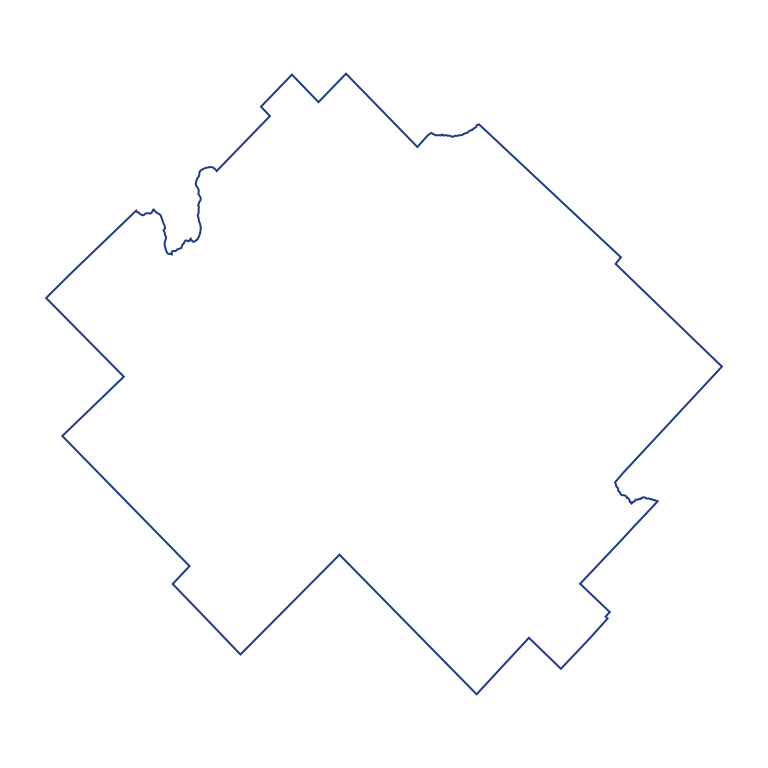 Junín, Buenos Aires, Argentina (Natural Earth projection)
{"feature_id": "61730980B70981491758335", "entity_name": "Junín", "entity_type": "district", "adm_level": 2, "iso_a3": "ARG", "parent_name": "Argentina", "parent_adm1": "Buenos Aires", "projection": "natural_earth1", "projection_center": [-61.022, -34.547], "detail": "fine", "context": "isolated", "style": "outline", "palette": "blue", "viewbox_px": 768, "rotation_deg": 0, "n_neighbors": 0, "source": "geoboundaries", "source_scale": "gbopen_adm2", "svg_char_len": 4321}
<svg xmlns="http://www.w3.org/2000/svg" viewBox="0 0 768 768"><path d="M346.0,73.7L318.5,102.1L291.9,74.6L261.0,106.7L269.9,116.1L216.7,171.0L216.3,170.4L215.7,169.8L214.3,168.4L213.3,167.6L211.6,167.1L209.4,167.1L207.9,167.5L205.8,167.9L204.0,168.6L201.8,169.7L200.8,170.5L199.9,171.3L199.4,172.7L199.4,174.1L199.2,175.2L198.8,176.4L198.0,177.4L197.0,179.0L196.5,180.7L196.0,182.1L195.7,183.8L196.1,185.5L197.0,187.0L197.9,188.2L198.6,189.6L198.8,190.7L198.6,191.9L198.6,193.1L198.4,194.0L199.2,195.2L200.1,196.9L200.7,197.9L200.7,198.5L200.6,199.8L200.3,200.7L199.5,201.5L199.1,202.6L199.0,203.3L198.5,204.1L198.2,205.1L198.7,206.0L198.8,207.0L198.7,208.6L198.6,210.3L198.7,212.3L198.2,214.3L197.6,215.4L198.4,217.5L198.7,219.0L199.0,221.3L199.7,222.9L200.2,224.6L200.6,226.4L200.8,228.9L200.5,230.4L200.3,232.1L200.0,233.5L199.5,235.0L199.1,236.1L198.3,237.8L197.9,238.8L197.0,239.7L196.3,240.3L195.4,240.8L194.5,241.4L193.6,241.8L192.7,241.5L192.1,240.9L191.7,240.3L191.1,239.9L190.9,239.2L190.7,238.7L190.2,239.3L189.8,239.9L189.5,240.6L188.8,241.3L188.0,241.1L187.0,240.6L185.9,240.4L185.1,240.9L184.5,241.9L184.0,242.9L183.3,243.9L182.1,245.3L181.8,246.5L181.4,247.8L180.5,248.4L179.3,248.7L178.0,249.1L177.1,249.6L176.1,250.6L175.0,251.1L173.9,251.0L172.9,251.0L172.2,251.6L171.6,252.4L171.8,253.3L171.9,254.4L171.1,254.3L170.1,254.0L169.0,253.9L167.9,253.5L167.2,252.9L166.6,251.7L166.1,250.5L165.7,249.2L165.3,247.7L164.7,245.3L164.6,243.6L164.7,242.2L165.3,240.5L165.8,239.1L166.1,237.5L165.8,236.3L165.1,235.1L164.9,233.6L164.5,232.1L164.0,231.3L163.6,230.2L164.1,229.6L164.7,228.9L165.0,227.9L165.0,227.1L164.8,226.3L164.1,224.6L163.2,222.6L162.6,220.9L162.1,219.4L161.5,217.8L161.0,216.1L160.3,214.9L158.6,213.7L157.1,213.0L155.8,212.0L155.3,211.5L154.7,210.5L153.5,209.5L152.8,210.2L152.5,211.3L152.1,211.9L151.4,212.9L150.1,213.6L148.7,213.3L147.5,213.2L145.9,213.4L144.8,214.0L144.1,214.8L143.6,215.2L142.9,215.2L142.1,215.0L141.2,214.7L140.3,214.1L139.3,213.4L138.5,212.5L137.9,212.2L136.7,211.8L136.3,211.4L136.1,210.7L71.2,273.1L46.1,298.0L123.8,376.7L62.3,436.0L189.5,566.1L172.7,584.0L207.7,620.3L240.4,654.5L339.5,554.7L476.6,694.3L528.9,637.8L560.9,668.8L589.8,638.3L607.6,618.5L605.6,616.5L609.8,612.1L580.1,583.8L623.1,538.3L635.7,524.6L657.7,501.3L657.0,501.0L656.1,500.7L655.1,500.3L654.0,500.0L652.8,499.8L651.4,499.1L650.4,499.1L649.3,498.6L648.4,498.4L647.7,498.5L646.7,498.6L645.6,498.1L644.8,497.4L643.6,497.3L642.2,497.8L641.5,497.8L641.1,498.6L640.7,499.0L639.9,498.9L639.1,499.0L638.5,499.5L637.4,499.7L636.1,499.5L635.6,499.6L635.1,500.5L634.5,501.4L633.8,501.7L632.8,502.0L632.3,502.2L632.3,502.8L631.6,503.6L631.2,503.3L630.9,502.8L630.7,502.0L629.8,501.8L629.6,500.9L629.5,500.1L629.0,499.2L628.5,498.3L627.7,498.0L626.9,497.9L626.7,497.2L626.6,496.5L625.8,496.0L625.0,495.6L624.2,495.2L623.4,495.2L622.6,495.2L622.0,495.3L621.5,495.0L621.1,494.5L620.8,494.1L620.3,493.5L620.2,492.8L619.7,492.0L619.1,491.7L618.7,491.1L618.2,490.7L618.1,490.1L618.1,489.8L618.1,489.0L618.0,488.2L617.3,487.6L616.8,487.2L616.7,486.7L616.2,486.2L616.1,485.6L616.0,484.9L615.8,484.3L615.5,483.7L615.3,483.2L615.3,482.8L615.1,482.3L623.2,472.8L721.9,366.6L694.0,339.7L615.6,263.9L620.9,257.3L479.1,124.4L478.8,124.6L478.5,124.8L478.0,124.8L477.6,124.8L477.2,125.1L476.8,125.3L476.5,125.5L476.5,126.0L476.2,126.8L475.7,127.4L475.0,127.8L474.6,128.0L474.2,128.2L473.5,128.5L473.4,129.0L473.1,129.1L472.9,129.3L472.6,129.7L472.2,129.6L471.8,129.8L471.6,130.2L471.1,130.3L470.6,130.4L469.9,130.7L469.5,130.8L469.0,131.2L468.6,131.8L468.0,132.3L467.3,132.7L466.7,133.0L465.9,133.1L465.2,133.4L464.7,133.4L463.9,133.9L463.4,134.2L462.6,134.7L461.9,135.0L460.9,135.1L460.0,135.3L459.2,135.4L458.4,135.5L457.7,135.6L457.2,135.9L456.0,135.9L455.2,135.7L454.4,135.9L454.0,136.3L453.4,136.7L452.9,136.9L452.3,136.7L451.1,136.3L450.6,136.0L450.0,135.8L449.1,135.7L448.3,135.6L447.5,135.7L446.8,135.4L445.9,135.3L444.7,135.2L444.0,135.3L443.4,135.6L442.7,135.2L442.4,134.6L442.0,134.6L441.4,134.9L440.5,135.5L439.6,135.3L438.6,135.1L437.8,135.1L437.3,135.4L436.7,135.3L436.0,135.2L435.4,135.2L434.9,134.8L434.0,134.3L433.4,134.2L432.7,133.9L432.4,133.5L431.8,133.1L431.1,133.0L430.5,133.4L429.8,134.0L429.1,134.5L428.3,134.9L427.9,135.2L417.4,147.0L346.0,73.7Z" fill="none" stroke="#1e3a8a" stroke-width="2"/></svg>